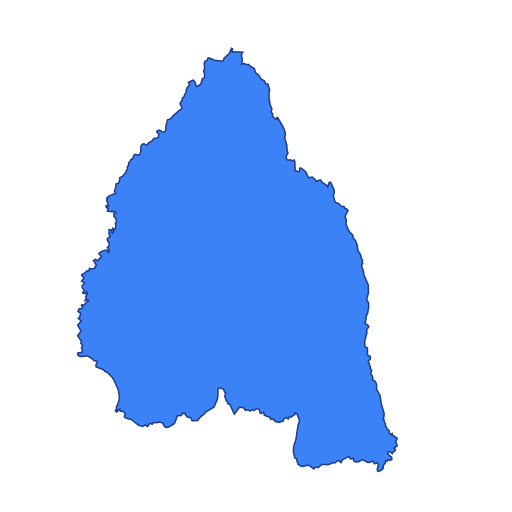 Ankazobe, Analamanga, Madagascar, rotated 189°
{"feature_id": "10022922B97289291498871", "entity_name": "Ankazobe", "entity_type": "district", "adm_level": 2, "iso_a3": "MDG", "parent_name": "Madagascar", "parent_adm1": "Analamanga", "projection": "robinson", "projection_center": [47.026, -18.235], "detail": "fine", "context": "isolated", "style": "filled", "palette": "blue", "viewbox_px": 512, "rotation_deg": 189, "n_neighbors": 0, "source": "geoboundaries", "source_scale": "gbopen_adm2", "svg_char_len": 6016}
<svg xmlns="http://www.w3.org/2000/svg" viewBox="0 0 512 512"><g transform="rotate(189 256 256)"><path d="M391.6,337.5L392.6,335.9L392.9,333.2L394.7,331.6L395.0,330.0L396.4,328.1L396.0,326.2L397.1,323.6L396.4,322.1L397.4,320.1L397.7,317.7L399.1,316.2L399.8,314.3L402.9,311.9L402.5,309.5L403.2,306.3L405.5,305.3L405.3,301.3L406.0,298.0L404.5,296.1L411.4,291.6L411.3,289.8L412.3,290.0L411.9,287.0L409.4,282.7L409.8,281.9L411.3,282.6L412.0,282.1L411.2,280.2L410.2,280.4L409.4,279.6L409.8,277.1L404.2,277.2L403.6,277.9L401.2,277.2L401.3,276.5L403.0,275.4L402.7,273.3L399.9,270.5L399.3,267.8L400.0,265.8L399.1,264.5L399.2,261.2L399.7,260.2L401.6,260.9L400.3,257.5L401.3,256.1L402.0,256.3L402.5,259.2L405.2,259.2L404.6,254.5L403.1,252.7L405.6,249.7L404.7,247.2L402.9,246.0L402.9,242.2L404.2,241.3L401.7,238.7L401.7,236.8L402.7,236.4L403.7,238.4L404.4,238.6L408.1,237.1L411.5,234.3L411.3,233.2L408.6,231.8L409.2,229.9L410.4,229.1L410.7,227.4L411.8,226.5L413.8,227.6L415.9,226.2L412.1,221.7L413.2,220.4L413.3,218.7L416.4,217.4L418.6,217.8L418.7,215.2L421.0,214.7L422.1,212.9L425.2,210.2L425.0,209.3L422.9,207.9L422.7,206.7L424.4,203.9L421.9,203.1L421.2,202.1L423.1,199.5L422.6,197.3L420.5,195.6L420.5,194.5L421.5,192.7L421.0,192.1L418.5,192.1L417.8,194.3L417.3,194.1L416.6,191.9L417.9,189.4L416.9,187.6L418.0,185.3L415.1,186.3L414.3,185.3L417.0,182.9L418.0,180.9L420.6,180.4L420.7,179.7L419.3,178.2L419.4,177.1L422.5,176.1L423.2,173.3L420.4,172.2L420.4,168.9L421.8,166.6L418.4,164.5L421.3,159.8L417.1,154.4L419.8,149.3L415.1,144.4L415.4,142.4L413.5,140.9L413.4,139.6L414.1,138.0L412.3,134.4L412.8,133.6L416.6,132.6L416.7,130.5L414.7,129.4L412.3,129.4L407.1,131.0L403.1,129.6L399.6,127.3L396.4,127.1L396.0,126.5L397.1,123.0L396.5,121.4L388.9,119.9L387.7,118.7L383.8,117.2L379.0,113.6L376.7,111.0L371.2,102.5L369.0,96.1L368.7,92.5L369.5,86.9L370.4,85.4L369.8,83.2L370.7,81.1L369.0,80.1L368.3,81.3L369.4,82.0L368.0,82.2L366.4,83.5L366.0,81.6L362.5,81.5L360.4,79.9L361.0,77.0L360.4,76.0L356.1,75.0L354.2,75.4L345.6,70.5L341.1,70.0L338.9,71.8L336.4,70.6L334.6,74.2L332.2,73.6L330.8,75.7L327.9,75.8L325.4,76.9L322.0,76.4L319.4,72.9L316.5,72.7L310.8,77.2L309.9,79.2L308.6,86.0L305.2,86.6L303.7,89.2L301.7,89.6L300.6,87.7L298.3,86.1L295.0,86.0L293.4,83.3L288.0,84.3L285.1,89.2L283.7,90.2L280.7,94.5L273.9,100.1L271.8,108.2L271.8,112.6L272.6,117.3L272.4,119.6L271.6,120.1L267.1,119.4L266.0,116.9L264.4,115.7L265.0,112.7L262.5,107.9L261.4,107.5L260.3,105.4L258.7,105.5L252.7,96.4L248.5,104.2L244.2,104.0L242.5,102.0L239.8,102.7L237.5,102.0L235.4,103.6L233.7,103.0L232.7,104.4L230.6,105.6L228.8,104.8L227.7,102.0L226.3,101.1L224.4,102.9L223.7,102.5L222.9,100.0L217.0,98.8L216.1,97.0L213.1,97.7L212.3,96.2L210.5,96.0L210.2,95.2L208.5,95.6L207.6,95.1L203.9,96.9L203.2,97.5L203.1,99.6L201.0,101.2L198.6,100.0L198.2,101.9L196.3,102.3L193.2,105.2L192.3,106.5L192.6,107.1L190.7,106.4L187.2,100.1L188.0,95.5L187.9,80.9L189.0,73.6L188.5,68.6L186.1,62.6L184.1,62.2L183.2,59.0L182.0,58.0L182.0,56.9L179.3,55.6L176.4,55.5L172.2,57.6L169.7,57.0L165.6,54.7L164.9,56.6L161.5,56.8L158.2,60.5L151.9,61.2L148.0,63.7L145.5,64.1L143.7,66.3L142.1,66.8L139.7,65.2L138.6,68.4L132.9,72.6L131.1,70.3L128.3,71.4L127.6,69.1L125.3,68.1L122.6,68.8L119.1,71.5L113.0,69.5L108.7,71.4L107.9,71.2L106.7,69.3L103.5,70.7L102.7,69.4L102.8,63.9L102.5,62.8L101.5,62.3L98.9,63.8L97.2,65.8L97.4,69.2L95.9,71.5L95.9,74.2L94.4,74.0L93.7,75.6L91.9,75.2L90.2,75.9L90.1,77.4L90.7,78.6L93.1,79.8L95.4,82.4L95.1,83.2L92.7,83.6L90.6,82.1L89.6,84.3L88.3,85.0L88.0,86.8L89.7,87.9L86.8,90.6L89.1,94.8L87.9,97.5L88.8,98.7L90.7,98.6L91.0,99.9L93.3,99.7L93.7,102.0L95.5,100.9L97.0,102.6L97.2,104.4L99.2,105.6L101.8,108.9L101.8,110.3L103.9,113.2L103.8,114.3L105.0,115.0L104.5,117.4L104.8,120.5L109.1,129.6L111.6,137.5L116.2,143.4L116.6,147.2L117.4,149.2L119.2,151.2L121.4,151.9L121.6,154.2L122.6,156.1L124.2,157.2L123.9,161.2L125.4,162.6L125.6,164.1L128.8,169.8L127.0,171.9L127.3,174.6L130.5,175.9L131.5,182.7L134.3,183.4L134.5,185.7L135.4,187.8L134.4,198.1L135.4,199.9L133.5,203.8L134.7,205.2L137.9,206.5L137.4,210.5L137.7,213.9L136.8,217.1L136.7,223.7L137.7,227.7L139.9,230.2L139.2,237.2L140.6,245.0L146.8,254.7L147.3,257.3L150.1,262.4L150.2,263.9L149.4,265.5L150.2,266.7L150.3,268.9L151.3,269.6L152.9,273.6L156.0,277.0L158.0,283.1L160.4,287.2L162.5,288.5L163.8,291.9L167.4,294.5L169.0,296.4L172.0,301.5L172.5,306.1L174.0,308.3L173.9,310.5L172.2,315.4L173.6,316.6L175.4,316.8L176.9,318.8L179.2,318.2L182.2,320.5L186.3,321.6L189.1,327.7L188.6,330.5L189.2,333.5L193.9,340.6L195.3,340.0L195.9,335.4L197.1,336.8L202.8,339.3L203.6,341.1L206.3,340.5L208.1,338.9L209.6,340.8L212.7,342.8L216.3,341.6L220.1,347.0L225.1,349.9L226.5,349.6L226.4,346.6L226.9,345.8L230.7,346.5L232.3,355.0L233.3,356.8L235.2,355.7L237.0,356.4L239.5,355.7L240.5,356.1L241.9,358.8L240.5,362.8L241.8,365.0L243.0,370.6L246.0,376.8L246.1,381.3L247.1,384.0L250.2,388.8L256.2,396.0L257.0,396.1L256.9,394.3L257.9,394.0L261.9,396.9L261.6,398.8L263.8,400.9L263.2,403.4L266.3,408.7L266.4,410.4L267.6,412.6L268.7,419.8L268.4,421.9L271.1,427.6L273.2,427.6L275.1,430.3L278.8,431.6L281.3,434.8L285.1,437.0L287.0,441.0L291.1,442.4L293.3,444.1L295.9,443.5L297.7,444.4L300.2,443.1L300.2,447.4L301.9,452.7L301.0,455.2L311.5,454.0L311.9,454.3L311.5,456.9L312.7,457.3L314.0,452.0L318.4,446.5L319.2,443.2L327.1,442.8L333.0,444.3L334.3,444.1L335.0,441.3L336.9,440.4L337.3,438.7L336.1,433.1L336.7,430.4L335.4,428.1L334.8,424.9L335.0,424.0L336.8,422.5L337.4,417.1L340.7,414.2L341.7,414.6L343.6,418.4L345.7,419.9L349.9,417.0L348.4,414.8L350.4,411.3L351.0,408.4L350.4,407.0L351.7,404.3L352.1,401.6L353.4,400.7L353.5,397.6L354.8,395.5L354.7,394.3L352.9,391.9L352.4,389.3L354.4,388.0L359.7,381.7L361.9,377.9L364.7,376.6L365.3,370.7L364.8,365.6L365.9,364.2L368.3,363.8L369.9,365.0L371.5,365.1L373.4,363.9L373.6,363.3L371.1,361.1L371.0,358.0L372.4,356.8L375.2,356.3L376.9,353.2L379.7,351.2L380.9,348.4L384.4,349.3L386.1,348.4L386.8,346.6L386.2,340.8L386.7,338.3L387.6,337.3L391.6,337.5Z" fill="#3b82f6" stroke="#1e3a8a" stroke-width="1.5"/></g></svg>